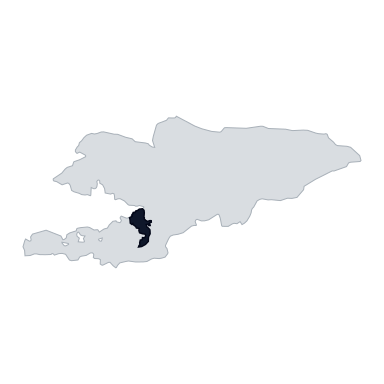 location of Kara-Suu, Osh, Kyrgyzstan
{"feature_id": "92254566B53802085045884", "entity_name": "Kara-Suu", "entity_type": "district", "adm_level": 2, "iso_a3": "KGZ", "parent_name": "Kyrgyzstan", "parent_adm1": "Osh", "projection": "robinson", "projection_center": [72.946, 40.266], "detail": "fine", "context": "in_parent", "style": "filled", "palette": "ink", "viewbox_px": 384, "rotation_deg": 0, "n_neighbors": 0, "source": "geoboundaries", "source_scale": "gbopen_adm2", "svg_char_len": 5024}
<svg xmlns="http://www.w3.org/2000/svg" viewBox="0 0 384 384"><path d="M76.7,228.8L77.7,228.2L80.9,227.6L87.4,227.0L89.6,227.5L94.0,230.0L97.4,229.7L98.0,230.0L99.3,232.1L104.0,229.0L107.4,228.1L109.2,225.0L112.9,221.3L116.0,220.8L116.1,221.3L116.7,221.9L119.9,222.7L120.8,221.8L121.4,220.4L120.2,218.3L120.2,217.4L121.2,216.1L126.3,218.1L127.5,218.1L129.8,217.0L131.9,215.0L132.7,213.4L143.1,208.3L143.9,207.4L143.7,206.7L139.3,205.5L137.4,206.2L135.6,206.2L134.5,205.5L129.1,205.2L128.0,204.6L124.5,201.0L120.1,198.7L118.0,198.8L115.5,199.7L114.7,199.3L114.5,195.8L114.0,193.8L112.5,193.3L110.6,194.1L105.2,193.0L104.6,188.6L102.6,184.8L99.8,183.2L99.7,180.9L98.8,180.0L97.9,180.2L96.8,181.4L97.3,183.9L96.9,186.5L96.3,187.8L95.0,188.7L93.6,188.7L91.2,187.5L90.8,195.2L90.3,195.7L87.4,194.6L85.1,195.0L81.7,194.6L79.1,193.3L74.0,191.8L71.6,190.4L70.2,185.3L68.8,183.4L67.5,183.0L62.1,184.8L56.6,181.6L53.9,181.0L53.2,180.0L53.3,178.8L61.8,173.1L65.1,169.1L67.2,167.4L72.5,165.7L73.7,162.0L74.2,161.6L79.5,159.8L85.6,156.7L85.7,155.8L85.1,155.0L79.7,152.1L77.0,153.4L75.4,151.7L75.4,150.0L77.2,147.0L78.7,145.5L79.4,142.7L81.6,140.8L83.9,137.7L86.6,135.2L91.6,133.4L94.4,134.0L97.1,133.5L101.2,132.0L103.7,131.9L114.1,134.2L117.6,134.3L125.7,137.3L132.1,138.8L135.2,141.7L145.5,143.0L148.3,143.8L149.3,145.2L152.2,147.0L154.7,147.4L152.5,140.5L153.3,136.4L156.5,125.1L158.2,123.4L166.5,120.3L168.4,117.9L174.4,118.0L175.6,117.5L176.3,116.2L194.9,126.1L201.9,128.8L211.6,131.4L219.8,132.2L221.2,131.6L224.4,127.8L226.0,127.6L246.3,128.3L260.8,126.2L262.9,126.3L268.4,128.5L285.6,129.2L292.4,130.6L303.1,130.1L307.6,130.3L315.8,133.1L318.7,133.7L324.0,134.1L326.0,133.7L327.2,134.3L328.5,137.8L333.6,142.2L335.5,144.6L337.4,145.6L347.0,146.3L350.6,147.3L359.7,155.6L361.0,160.5L360.1,161.5L350.7,162.2L348.6,162.9L346.5,166.6L334.0,171.0L332.2,170.9L315.5,179.3L304.1,186.3L303.6,189.7L297.0,197.4L291.9,198.4L287.5,198.2L280.4,200.6L271.3,199.7L268.1,199.9L262.1,198.8L259.7,199.4L257.1,200.9L253.7,207.1L252.3,208.5L251.6,210.0L251.1,212.9L249.8,216.1L246.9,220.9L244.4,223.2L242.0,224.6L240.1,221.6L237.0,223.7L234.1,223.3L232.3,223.9L228.2,226.4L222.2,226.3L221.6,225.4L220.3,218.4L219.2,215.1L218.3,214.3L217.3,214.3L208.7,219.8L204.7,220.8L201.4,220.9L197.1,219.3L196.2,219.7L195.5,220.6L195.2,221.7L196.4,224.9L196.1,225.5L194.2,225.4L191.5,226.1L183.2,232.7L178.0,234.3L173.2,235.0L170.3,236.2L168.7,238.6L165.5,245.4L165.6,246.8L167.0,248.6L168.0,252.7L167.7,253.7L165.1,257.1L161.8,258.1L159.2,258.6L154.2,258.2L151.7,258.9L146.9,261.5L143.1,261.9L135.7,262.0L128.5,261.0L126.1,261.4L119.8,262.9L117.6,265.3L116.4,267.5L115.8,267.8L113.2,265.8L110.0,262.3L108.4,262.4L102.7,265.2L101.8,265.1L100.2,264.0L100.4,259.6L98.6,258.7L94.6,258.5L93.3,257.5L93.8,254.7L93.3,253.6L92.3,252.8L90.3,253.0L86.2,255.4L81.4,256.2L79.7,257.0L77.9,260.0L71.5,260.7L69.4,260.0L65.6,254.3L62.3,253.4L58.9,253.6L54.4,255.1L53.3,253.9L52.1,253.5L51.0,254.5L45.4,254.7L39.7,254.6L36.5,253.9L34.4,253.9L30.2,255.5L25.0,255.8L24.6,250.4L23.0,246.8L24.7,240.9L25.6,239.0L29.4,241.2L30.8,240.8L31.1,239.7L30.6,237.0L32.5,234.1L46.1,230.2L60.9,236.0L62.9,239.7L64.2,239.5L66.3,237.8L66.9,234.7L69.8,232.9L76.3,230.8L76.7,228.8ZM84.2,241.9L84.5,241.3L83.4,238.6L85.0,236.0L81.9,235.6L80.4,234.8L78.7,232.2L78.1,232.1L77.2,232.8L76.7,234.5L77.1,236.3L79.3,238.1L78.2,241.8L82.7,242.2L84.2,241.9ZM68.6,244.4L68.5,243.6L67.5,243.3L61.9,242.2L62.0,243.0L64.2,245.7L65.8,245.9L68.6,244.4ZM102.0,239.7L102.3,238.0L98.9,239.0L98.5,239.8L99.7,240.9L101.1,241.3L102.0,239.7Z" fill="#d9dde1" stroke="#a8b0b8" stroke-width="1"/><path d="M145.5,244.4L146.6,243.2L148.3,241.4L148.4,238.4L148.6,236.7L150.1,233.8L150.0,230.8L149.8,229.6L148.1,227.8L146.8,226.8L146.6,226.0L146.5,224.9L146.3,224.5L147.4,224.2L148.1,224.2L148.8,225.6L150.2,225.5L149.9,224.3L149.3,223.6L150.1,222.7L150.9,222.4L151.3,222.2L151.2,220.7L149.9,220.6L147.6,221.4L145.8,220.5L144.6,219.3L144.2,218.6L144.3,217.6L143.9,217.4L144.3,212.8L144.0,210.3L142.4,208.8L141.6,208.9L141.4,209.0L141.1,209.1L140.9,209.0L140.7,209.0L140.4,209.0L140.2,209.0L139.9,209.1L139.6,209.1L139.4,209.1L138.6,209.6L138.0,210.3L137.6,210.4L137.4,210.5L137.1,210.7L136.7,210.7L136.5,210.8L136.4,210.9L136.2,210.9L136.1,211.0L135.7,211.1L135.4,211.1L135.1,211.1L135.3,211.2L135.3,211.3L135.3,211.5L135.5,211.5L134.9,212.6L134.7,212.5L134.4,212.5L134.1,212.4L133.9,212.4L133.5,212.4L133.5,212.5L133.4,212.6L133.1,212.7L133.1,212.8L133.2,213.3L132.9,213.5L132.8,213.8L132.7,213.8L132.5,214.0L132.4,214.2L132.3,214.3L132.2,214.4L132.2,214.5L132.1,214.8L131.9,215.0L132.0,215.2L131.9,215.4L131.9,215.5L132.0,215.5L132.1,215.9L132.1,216.0L132.3,216.1L132.3,216.3L129.5,217.9L130.0,219.5L130.3,223.2L131.9,224.4L132.8,223.5L133.3,224.7L135.7,226.5L136.4,228.0L139.2,228.4L138.9,230.6L139.6,232.8L142.7,233.8L144.8,234.0L145.9,235.4L144.7,237.8L142.5,237.6L142.2,239.7L140.3,240.1L139.7,242.7L139.9,245.0L139.1,245.4L138.5,247.0L141.7,246.5L145.5,244.4Z" fill="#0f172a" stroke="#020617" stroke-width="1.5"/></svg>